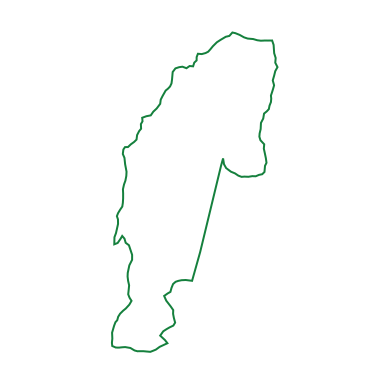 Bento de Abreu, São Paulo, Brazil, rotated 165°
{"feature_id": "56859067B44589944496039", "entity_name": "Bento de Abreu", "entity_type": "district", "adm_level": 2, "iso_a3": "BRA", "parent_name": "Brazil", "parent_adm1": "São Paulo", "projection": "robinson", "projection_center": [-50.853, -21.315], "detail": "fine", "context": "isolated", "style": "outline", "palette": "green", "viewbox_px": 384, "rotation_deg": 165, "n_neighbors": 0, "source": "geoboundaries", "source_scale": "gbopen_adm2", "svg_char_len": 2392}
<svg xmlns="http://www.w3.org/2000/svg" viewBox="0 0 384 384"><g transform="rotate(165 192 192)"><path d="M308.9,63.9L305.9,61.5L302.9,60.6L299.7,60.1L296.7,59.5L291.9,57.3L288.5,53.8L285.9,52.3L280.4,50.9L276.9,49.6L273.6,48.4L270.8,48.7L267.7,49.1L263.3,50.8L254.9,52.3L256.4,55.9L259.9,61.5L255.8,64.9L252.1,66.1L248.8,67.0L244.6,67.8L242.1,70.2L242.1,75.1L241.8,79.2L240.7,82.8L242.2,87.0L243.7,90.6L245.0,93.7L245.8,98.8L241.8,100.3L238.7,101.1L236.6,104.7L234.1,108.0L231.1,109.5L228.3,109.7L224.9,109.5L220.8,108.6L214.9,106.2L199.7,131.8L157.0,210.1L153.3,216.4L153.9,210.5L152.8,206.2L149.1,201.5L145.7,198.9L143.0,195.8L140.2,193.8L137.4,193.3L133.6,192.1L129.6,191.7L126.4,190.7L122.8,191.2L119.6,191.0L116.8,192.6L114.7,198.4L112.5,200.9L111.9,205.5L111.6,210.8L111.4,215.3L109.9,219.4L112.5,224.3L112.6,228.0L111.5,231.1L109.4,235.0L107.5,240.9L104.2,244.5L102.1,249.1L98.8,250.6L96.3,252.2L94.8,255.3L92.5,258.4L91.3,261.7L90.8,264.7L88.7,267.9L87.0,270.6L85.1,273.8L85.1,278.9L82.5,283.2L80.3,287.2L77.1,290.5L78.1,295.3L76.5,299.8L76.7,304.8L75.8,309.4L75.1,313.0L75.4,317.6L79.4,318.6L82.6,319.5L86.3,320.3L89.7,321.7L93.3,323.9L98.5,325.8L101.7,327.9L105.3,331.4L109.0,334.2L111.7,335.6L115.5,333.1L119.2,333.2L124.9,331.6L129.2,330.2L134.1,327.4L137.3,325.1L140.1,323.3L143.0,322.7L146.9,322.7L150.5,324.0L152.6,321.1L153.5,317.9L156.3,316.4L158.4,313.1L161.7,314.3L165.3,313.0L168.8,315.5L172.1,315.9L176.0,315.7L179.6,312.9L182.1,306.0L183.7,302.2L185.9,299.6L188.5,298.0L191.2,296.8L195.7,292.2L198.3,289.3L199.9,285.4L204.5,281.8L208.6,279.6L212.0,276.7L216.5,277.0L220.9,276.6L221.5,273.1L223.8,270.8L224.8,266.3L227.3,264.5L230.3,261.2L232.0,257.0L235.0,255.3L238.7,253.9L242.2,252.0L245.1,252.7L247.3,250.8L249.0,246.6L248.4,242.5L249.4,236.2L249.7,232.2L250.0,228.5L251.3,224.5L253.4,220.2L255.7,216.9L258.0,212.5L258.9,208.4L260.2,203.6L261.6,199.4L263.1,196.0L266.1,193.4L268.9,190.7L270.8,188.1L270.6,184.7L271.7,180.3L274.1,175.7L276.1,171.9L278.6,168.4L280.6,161.6L277.0,162.0L272.8,165.6L270.8,167.6L269.3,164.4L269.2,160.1L266.7,156.9L266.1,146.8L267.4,142.0L271.5,137.4L275.0,130.5L276.1,127.0L276.7,122.8L276.9,118.1L278.4,114.1L280.1,109.7L279.7,106.1L278.6,102.5L281.7,99.4L286.1,96.6L289.2,95.2L292.9,93.1L295.6,90.6L297.4,87.5L299.7,86.0L301.9,82.9L305.6,76.8L306.9,71.0L308.4,67.0L308.9,63.9Z" fill="none" stroke="#15803d" stroke-width="2"/></g></svg>